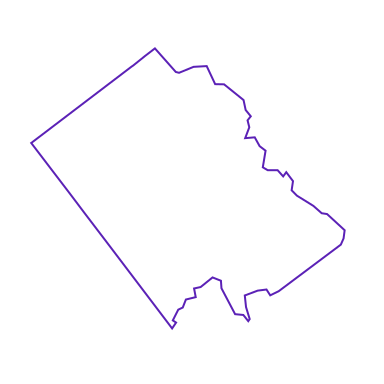 the district of Bear Lake, Idaho, United States of America, rotated 143°
{"feature_id": "52423323B15127736824866", "entity_name": "Bear Lake", "entity_type": "district", "adm_level": 2, "iso_a3": "USA", "parent_name": "United States of America", "parent_adm1": "Idaho", "projection": "orthographic", "projection_center": [-111.379, 42.301], "detail": "fine", "context": "isolated", "style": "outline", "palette": "violet", "viewbox_px": 384, "rotation_deg": 143, "n_neighbors": 0, "source": "geoboundaries", "source_scale": "gbopen_adm2", "svg_char_len": 933}
<svg xmlns="http://www.w3.org/2000/svg" viewBox="0 0 384 384"><g transform="rotate(143 192 192)"><path d="M290.9,327.9L290.5,263.8L290.5,260.9L290.5,245.6L290.5,240.1L290.3,201.0L290.2,169.8L290.0,99.1L290.0,95.0L283.3,97.3L284.6,101.0L273.8,106.3L268.9,105.3L261.6,109.8L252.3,105.8L248.4,113.7L242.3,110.9L227.0,111.4L222.3,103.7L226.4,97.4L231.1,68.5L225.0,62.9L224.8,55.0L222.4,55.8L218.1,67.6L212.1,77.6L198.9,73.7L191.2,69.3L191.7,62.4L182.4,60.6L104.8,60.4L98.9,63.7L93.1,69.6L97.4,93.1L101.2,97.0L103.4,107.8L110.4,125.9L111.4,133.4L104.8,139.9L104.8,151.1L109.8,149.6L110.5,157.9L118.4,163.8L120.6,169.1L108.4,180.7L110.4,187.9L109.0,197.9L117.1,203.0L107.3,209.2L104.5,215.8L99.5,217.1L99.8,225.2L95.5,234.4L101.6,258.7L108.6,264.2L104.5,283.7L115.4,291.0L130.6,295.0L132.7,297.6L135.2,329.0L135.4,329.0L147.5,328.9L163.0,328.4L164.6,328.5L166.3,328.5L290.9,327.9Z" fill="none" stroke="#5b21b6" stroke-width="2"/></g></svg>